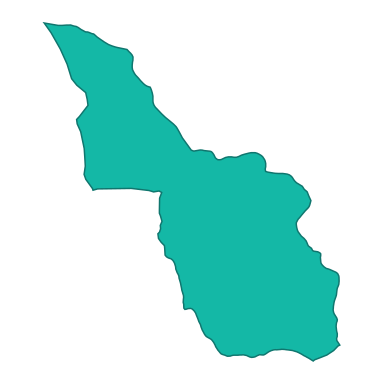 Drametse, Tashigang, Bhutan (orthographic projection)
{"feature_id": "84629894B36309524105984", "entity_name": "Drametse", "entity_type": "district", "adm_level": 2, "iso_a3": "BTN", "parent_name": "Bhutan", "parent_adm1": "Tashigang", "projection": "orthographic", "projection_center": [91.464, 27.347], "detail": "fine", "context": "isolated", "style": "filled", "palette": "teal", "viewbox_px": 384, "rotation_deg": 0, "n_neighbors": 0, "source": "geoboundaries", "source_scale": "gbopen_adm2", "svg_char_len": 4174}
<svg xmlns="http://www.w3.org/2000/svg" viewBox="0 0 384 384"><path d="M93.0,190.2L97.6,188.9L131.2,188.4L149.0,190.5L153.6,191.9L157.3,191.3L159.1,191.0L161.7,192.5L159.6,198.2L159.5,203.9L159.4,210.0L159.4,213.3L160.4,215.7L162.0,221.4L160.3,225.4L160.6,228.8L159.5,232.1L157.9,233.8L158.5,238.5L161.1,242.2L164.4,245.6L164.7,248.3L165.1,255.1L166.5,256.8L168.3,257.9L171.2,258.9L172.9,260.4L173.9,262.0L174.6,263.4L175.6,266.7L175.8,269.0L177.2,272.7L178.1,274.3L178.8,275.9L179.1,278.3L180.4,282.6L180.7,284.0L181.0,285.7L181.5,288.0L181.8,290.0L182.6,292.6L183.0,294.0L183.5,295.6L183.6,297.5L183.4,299.2L183.2,302.4L183.7,304.2L183.8,306.8L183.9,308.2L184.9,309.4L186.6,309.1L187.9,308.6L190.7,308.4L192.2,309.0L194.1,310.8L195.6,313.0L196.6,315.7L197.5,317.8L198.1,319.4L198.8,321.4L199.6,323.0L200.4,324.5L201.1,327.0L201.7,328.6L202.3,330.1L203.2,331.7L204.4,334.0L205.2,335.2L206.3,336.5L208.3,337.7L210.0,338.6L211.5,339.6L213.1,341.6L213.9,342.8L214.5,344.0L215.2,345.3L215.7,346.7L216.9,348.5L217.8,350.0L219.0,351.4L220.2,352.9L221.2,353.9L223.2,354.7L224.7,355.1L226.1,355.7L227.3,356.2L230.2,356.1L232.0,355.5L233.5,355.2L236.0,355.2L237.7,355.2L239.8,355.0L241.4,355.0L243.2,354.8L245.2,355.2L246.7,355.5L247.9,356.1L249.9,357.0L251.7,357.4L254.0,357.1L255.4,356.7L256.6,356.0L257.9,355.4L259.6,354.7L261.7,354.9L263.3,355.0L264.5,354.6L266.1,353.6L268.7,351.8L271.0,350.7L273.6,349.9L275.2,349.7L276.4,349.8L277.8,349.7L280.3,349.5L281.7,349.3L284.2,349.4L286.2,349.7L288.1,349.9L289.6,350.1L292.5,350.5L295.4,351.4L296.8,351.8L298.8,352.7L301.5,354.1L302.6,354.8L304.2,355.8L305.4,356.3L306.5,357.0L308.8,358.2L310.5,359.3L313.2,361.0L314.6,359.8L320.1,357.7L326.9,355.0L333.7,350.5L336.6,347.5L338.0,346.0L339.8,345.1L336.8,340.5L336.6,338.3L337.2,336.6L337.3,333.8L336.6,330.9L336.1,326.3L336.3,324.2L336.5,322.7L337.1,321.2L337.3,319.7L336.7,317.9L334.2,313.9L333.6,312.4L333.1,309.9L333.3,308.4L333.4,306.5L334.0,302.6L334.5,300.6L335.9,296.7L336.4,295.0L337.0,289.6L337.4,287.9L338.3,285.8L338.8,284.3L339.1,281.1L339.0,277.5L338.8,276.0L337.7,273.7L336.5,272.6L335.4,272.0L329.8,269.5L328.1,268.9L326.2,268.4L324.1,266.9L322.4,265.2L321.1,263.4L320.8,262.1L320.4,257.4L320.7,255.7L320.7,253.8L319.8,252.8L317.8,251.8L313.4,251.1L312.4,250.2L311.5,248.3L309.6,246.9L308.4,246.0L307.7,244.7L307.2,243.3L306.1,240.9L304.1,238.5L301.3,236.1L298.0,231.6L297.3,229.8L296.7,227.4L296.3,224.6L296.3,222.7L298.0,219.4L300.4,216.7L301.3,215.5L305.0,211.1L308.2,207.8L309.0,206.7L309.7,205.1L310.6,201.8L310.9,200.6L309.8,198.2L308.7,195.8L307.2,191.9L306.0,190.8L304.3,189.4L302.3,186.3L297.7,183.5L296.5,182.8L294.7,181.0L293.6,179.5L292.3,177.4L291.1,176.1L289.4,174.9L287.2,174.1L282.9,173.5L278.6,173.5L275.2,173.3L273.7,173.1L267.7,172.1L265.6,171.4L265.2,169.1L265.7,166.8L265.7,163.5L265.2,161.2L264.6,159.7L263.9,158.6L262.7,156.8L261.4,155.6L259.1,154.2L257.0,153.2L255.1,152.7L251.1,152.7L248.9,153.1L244.2,154.3L241.4,155.2L238.8,156.5L236.4,157.3L234.1,157.3L231.7,156.9L228.3,156.9L225.5,157.5L223.4,158.5L221.1,159.6L219.1,159.8L217.5,159.6L215.4,157.9L213.8,154.6L212.3,152.5L211.2,151.6L209.9,151.2L204.2,150.6L202.1,150.1L200.2,150.0L193.8,151.1L191.3,150.2L190.2,148.7L182.3,137.8L181.0,135.3L178.8,131.2L176.9,127.9L176.0,126.6L173.5,124.1L171.6,122.5L165.5,117.5L161.6,113.8L159.8,111.9L155.3,107.2L154.0,105.2L153.4,103.6L153.0,102.1L152.9,100.2L152.9,96.1L152.3,93.1L151.4,90.1L150.9,88.8L150.2,87.2L147.3,86.3L146.0,85.6L144.8,84.8L143.3,83.5L140.5,80.6L138.5,78.2L135.5,75.0L134.3,73.2L132.6,69.9L132.2,67.6L132.2,65.2L132.5,62.2L132.9,60.3L133.0,57.0L132.0,54.9L130.5,53.1L129.2,51.9L127.0,49.5L123.7,48.8L117.8,47.6L115.7,47.1L112.5,46.1L108.6,44.6L104.1,41.9L99.9,39.0L98.5,38.0L97.2,37.1L95.0,35.1L93.7,34.0L91.8,33.6L89.2,32.5L87.7,32.0L85.5,31.9L80.9,29.4L78.4,27.6L76.3,26.5L73.7,26.0L70.6,25.0L68.4,25.1L66.3,25.1L62.2,25.4L58.1,25.4L54.6,24.8L44.2,23.0L51.0,32.6L60.3,49.0L67.1,64.1L71.6,78.7L76.8,85.2L85.7,92.6L87.2,99.4L88.0,105.4L84.2,110.3L79.5,116.4L76.6,119.5L77.2,123.9L80.7,131.7L84.2,148.5L84.8,157.4L85.3,166.1L84.1,174.4L85.8,179.3L92.5,188.6L93.0,190.2Z" fill="#14b8a6" stroke="#0f766e" stroke-width="1.5"/></svg>